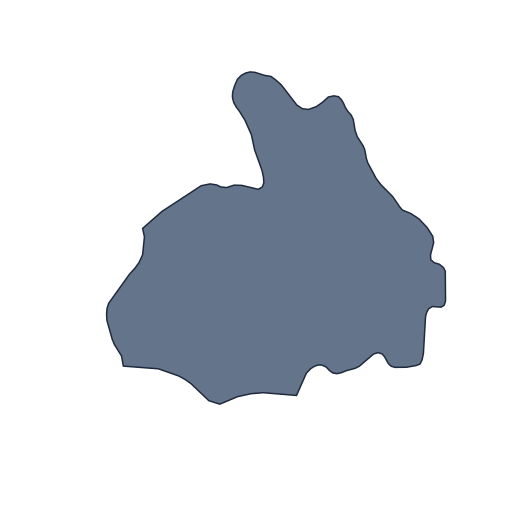 outline of Yamanashi, rotated 154°
{"feature_id": "JPN-1861", "entity_name": "Yamanashi", "entity_type": "Prefecture", "adm_level": 1, "iso_a3": "JPN", "parent_name": "Japan", "parent_adm1": "", "projection": "robinson", "projection_center": [138.508, 35.557], "detail": "fine", "context": "isolated", "style": "filled", "palette": "slate", "viewbox_px": 512, "rotation_deg": 154, "n_neighbors": 0, "source": "natural_earth", "source_scale": "10m", "svg_char_len": 1677}
<svg xmlns="http://www.w3.org/2000/svg" viewBox="0 0 512 512"><g transform="rotate(154 256 256)"><path d="M155.9,87.0L159.9,87.3L169.4,90.0L179.8,94.9L182.8,97.6L184.1,100.8L184.4,103.8L184.5,108.2L185.4,112.4L188.4,115.5L193.1,116.4L211.6,111.6L216.2,111.6L224.9,113.3L230.6,113.7L234.9,114.8L238.2,117.2L240.1,120.7L241.6,125.4L244.6,129.1L248.2,130.9L252.2,131.2L256.1,130.8L262.1,128.6L280.7,112.9L309.5,130.0L321.1,134.5L334.5,137.7L353.5,138.7L361.8,146.6L370.4,169.8L373.8,176.0L378.1,182.1L393.2,197.4L423.5,215.2L420.7,225.0L422.1,238.9L421.7,244.4L418.2,263.6L415.7,269.4L412.8,274.3L409.1,278.1L377.7,295.1L370.4,298.0L364.0,301.4L357.4,306.8L347.9,322.1L345.8,330.5L321.0,337.3L274.4,343.2L265.6,340.9L260.3,337.2L257.2,333.4L252.4,330.4L244.6,329.3L237.8,325.7L224.8,315.0L220.2,315.2L216.9,318.3L214.7,323.7L213.1,330.3L210.7,352.1L207.0,367.0L206.4,382.8L207.5,393.6L208.5,398.7L208.7,403.6L208.1,407.0L207.5,409.2L206.2,411.7L204.2,414.6L200.5,418.5L195.2,423.0L190.1,424.8L185.0,425.0L180.5,424.0L176.4,421.5L169.1,414.6L163.9,410.9L160.9,405.2L158.3,398.9L153.1,373.7L149.7,368.0L144.5,364.7L136.2,363.8L128.9,365.0L121.3,367.2L115.8,365.8L112.0,363.0L110.6,358.7L110.4,354.6L110.6,350.5L110.1,345.9L108.7,341.0L108.7,336.1L111.9,325.3L112.7,318.9L111.4,308.0L111.7,303.8L114.0,295.4L114.7,290.9L114.0,272.7L112.5,265.4L107.1,249.5L105.3,237.2L104.3,233.1L98.2,226.3L93.2,217.8L89.7,206.5L88.5,196.3L90.4,190.2L98.7,180.4L100.5,176.0L98.8,171.9L94.8,168.2L92.5,163.1L92.6,159.2L105.4,132.4L108.6,129.2L112.1,128.9L119.7,133.3L124.1,132.8L127.3,130.5L130.2,127.2L148.2,95.1L152.2,89.9L155.9,87.0Z" fill="#64748b" stroke="#1e293b" stroke-width="1.5"/></g></svg>